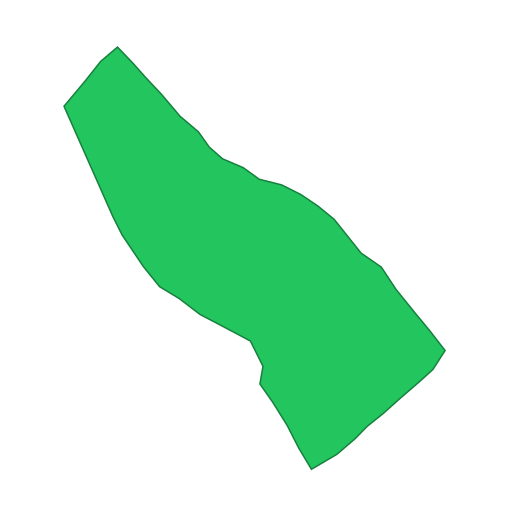 Nilópolis, Rio de Janeiro, Brazil, rotated 87°
{"feature_id": "56859067B33990296022375", "entity_name": "Nilópolis", "entity_type": "district", "adm_level": 2, "iso_a3": "BRA", "parent_name": "Brazil", "parent_adm1": "Rio de Janeiro", "projection": "robinson", "projection_center": [-43.429, -22.82], "detail": "fine", "context": "isolated", "style": "filled", "palette": "green", "viewbox_px": 512, "rotation_deg": 87, "n_neighbors": 0, "source": "geoboundaries", "source_scale": "gbopen_adm2", "svg_char_len": 709}
<svg xmlns="http://www.w3.org/2000/svg" viewBox="0 0 512 512"><g transform="rotate(87 256 256)"><path d="M40.1,383.4L53.5,400.9L72.0,417.2L96.4,439.9L209.1,396.9L228.0,388.6L260.6,369.1L281.6,353.9L294.6,334.8L311.5,314.9L325.9,290.6L340.7,266.0L366.5,254.8L384.0,258.8L403.2,246.8L426.9,233.7L450.0,223.4L471.9,211.8L458.2,185.5L443.8,166.8L431.8,153.7L420.1,137.4L405.3,119.0L390.2,99.5L378.5,85.2L360.3,72.1L339.7,86.4L322.1,99.5L296.7,117.9L273.7,131.4L258.6,150.9L238.6,165.2L223.5,176.0L209.4,191.5L197.1,207.8L186.4,226.5L179.5,248.8L167.2,264.0L157.2,284.3L144.8,297.0L129.0,307.0L112.5,324.5L89.5,342.0L71.7,357.1L57.6,368.3L40.1,383.4Z" fill="#22c55e" stroke="#15803d" stroke-width="1.5"/></g></svg>